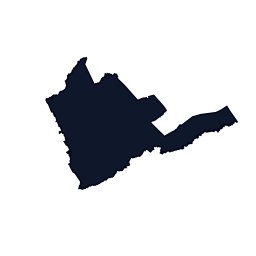 outline of Zacualpan, Morelos, Mexico, rotated 38°
{"feature_id": "50627088B38622860816181", "entity_name": "Zacualpan", "entity_type": "district", "adm_level": 2, "iso_a3": "MEX", "parent_name": "Mexico", "parent_adm1": "Morelos", "projection": "mercator", "projection_center": [-98.741, 18.81], "detail": "fine", "context": "isolated", "style": "filled", "palette": "ink", "viewbox_px": 256, "rotation_deg": 38, "n_neighbors": 0, "source": "geoboundaries", "source_scale": "gbopen_adm2", "svg_char_len": 5834}
<svg xmlns="http://www.w3.org/2000/svg" viewBox="0 0 256 256"><g transform="rotate(38 128 128)"><path d="M49.1,104.7L48.8,106.0L47.9,106.2L47.9,106.5L49.2,108.4L48.9,108.8L49.2,110.8L48.8,111.3L48.8,112.0L49.2,112.5L49.1,113.5L48.4,114.3L48.9,115.2L48.9,117.3L49.3,117.7L49.7,119.5L49.3,120.5L49.4,121.6L48.3,121.9L48.4,122.3L49.0,122.7L49.1,123.2L48.3,123.7L50.0,125.9L50.2,128.6L49.9,129.5L50.6,129.8L52.3,131.2L53.5,131.9L54.9,135.8L54.6,136.4L54.1,139.2L54.0,139.4L53.5,139.4L53.4,140.5L52.5,140.6L52.4,141.0L52.3,142.0L52.7,142.9L52.8,144.2L52.5,145.7L52.1,146.1L51.2,146.2L50.4,147.2L49.3,147.8L49.0,149.2L50.2,150.4L50.1,150.6L48.7,150.5L48.8,151.0L49.5,151.5L47.8,151.9L47.3,154.0L45.8,155.2L46.4,156.5L47.4,156.7L48.3,157.6L49.2,157.9L49.9,157.6L57.9,162.2L59.4,161.3L60.2,162.1L60.5,162.0L61.6,163.2L62.5,162.6L62.8,163.7L63.9,163.4L66.6,165.2L67.2,165.8L67.4,166.5L68.0,165.6L68.5,166.5L68.9,166.1L69.7,167.0L72.0,168.4L72.1,168.8L72.4,168.5L73.2,168.9L73.6,168.3L78.1,171.2L77.4,172.8L76.6,172.7L76.4,173.2L77.2,174.1L78.2,171.3L79.8,172.3L80.3,171.9L81.4,171.7L81.4,172.0L82.7,172.7L82.5,173.0L85.2,174.0L85.0,174.5L86.4,175.6L87.6,176.1L86.2,177.9L89.9,179.3L90.5,178.6L95.7,180.7L95.4,181.8L95.6,182.8L94.9,184.8L95.9,185.0L96.4,184.4L97.3,184.2L97.3,185.3L97.6,184.0L97.3,183.8L97.1,182.9L97.3,181.6L98.2,181.9L98.8,182.5L98.5,183.6L98.6,184.3L98.9,184.3L98.6,185.7L100.3,186.2L101.7,187.5L102.6,188.6L102.6,189.4L103.3,190.1L103.5,190.1L103.5,189.8L104.2,189.8L104.4,190.8L103.7,192.9L105.5,193.1L106.1,193.9L112.0,196.4L114.3,196.1L124.0,199.3L124.5,200.6L125.5,200.4L125.4,203.1L126.6,205.8L127.5,204.8L128.3,204.7L128.0,204.1L129.0,204.2L129.9,204.0L130.4,202.5L131.1,202.2L131.5,201.6L131.1,200.6L132.5,199.8L133.1,197.1L134.2,196.5L134.3,195.4L134.9,194.8L136.1,194.3L136.5,193.6L137.5,193.0L137.6,192.1L138.4,191.3L138.7,190.6L138.5,189.6L139.3,189.4L140.1,186.9L141.1,185.1L141.2,184.4L140.6,184.2L140.5,183.6L142.6,182.5L142.7,181.5L142.4,181.5L142.2,181.0L142.7,180.5L142.4,180.0L143.1,179.3L143.6,178.3L144.4,177.9L144.4,176.8L145.5,176.6L145.8,176.2L146.1,174.9L145.8,172.6L146.0,170.9L145.2,168.5L145.3,168.0L146.7,167.2L147.4,167.1L147.8,166.2L149.3,165.2L149.4,164.8L148.6,164.3L149.4,163.9L149.4,163.4L148.8,163.2L149.2,162.4L149.3,161.6L150.7,160.4L149.6,160.2L149.6,159.6L151.8,156.2L151.4,155.9L150.8,156.2L150.5,155.9L150.3,155.1L149.4,154.7L148.9,153.5L148.4,149.7L149.4,147.9L150.1,148.3L150.4,147.4L151.1,147.1L151.2,146.3L152.0,145.8L152.7,144.5L153.4,143.6L154.5,143.0L154.9,140.9L154.8,139.4L154.1,139.5L153.9,139.1L153.9,138.6L154.6,137.6L154.1,136.8L154.3,135.0L154.5,134.7L155.1,135.0L154.8,134.1L156.0,132.8L159.8,133.0L160.5,132.8L160.4,130.5L161.0,129.5L160.0,129.6L159.7,129.3L160.6,128.7L160.0,128.4L159.6,127.4L159.8,126.5L159.9,126.2L160.8,125.8L160.4,125.4L161.0,124.9L162.1,124.4L162.9,124.5L163.2,124.0L163.3,123.1L164.6,123.2L165.8,122.2L167.1,122.6L166.7,123.2L167.6,124.1L167.4,125.1L168.3,126.1L168.8,126.1L168.9,127.6L169.9,127.4L169.3,125.9L169.5,125.7L170.3,126.6L170.9,126.8L171.0,125.8L170.5,125.0L170.6,124.7L171.1,124.5L171.6,124.8L172.5,124.4L173.4,121.0L174.9,120.3L174.5,121.0L175.5,120.9L176.6,119.1L177.2,118.8L177.7,117.5L179.0,115.9L179.6,115.4L179.6,115.1L180.4,113.7L180.7,113.9L181.1,113.6L180.9,113.0L181.7,112.5L181.9,111.7L182.4,111.3L183.4,111.1L183.9,110.5L184.1,109.6L183.4,109.3L182.8,108.4L182.0,108.3L182.5,107.5L183.2,107.4L183.7,106.6L184.7,106.6L185.2,106.1L185.3,104.6L184.2,102.5L184.4,102.2L184.9,102.4L185.0,103.1L185.5,103.2L185.8,103.0L185.9,102.0L187.3,101.3L187.6,100.8L187.6,100.4L186.9,99.8L186.7,98.6L187.1,97.4L187.0,96.9L186.2,96.3L186.7,95.4L186.3,95.0L186.4,94.5L187.4,94.4L188.1,93.0L188.8,93.0L189.1,92.5L188.7,91.8L187.6,91.9L186.9,91.5L187.1,91.0L188.2,90.3L188.3,89.6L189.9,88.9L189.7,88.3L189.4,88.0L188.6,88.1L188.5,87.8L190.2,85.7L190.2,83.9L191.4,82.7L191.9,82.8L192.2,82.2L192.7,82.4L193.0,81.8L194.2,80.7L192.8,80.7L192.6,80.1L192.9,79.8L193.8,80.0L194.4,79.0L194.8,79.2L195.7,78.6L196.2,78.8L196.5,78.4L196.5,77.5L197.4,78.0L197.8,77.8L197.7,76.7L197.3,76.3L197.8,75.6L198.8,75.7L199.2,75.2L199.6,75.1L201.1,75.5L201.0,74.8L200.4,74.8L200.0,74.2L200.2,73.7L201.0,74.0L201.2,73.6L200.2,72.6L200.3,72.4L201.0,72.7L200.9,71.8L200.4,71.7L200.8,71.0L201.4,71.3L201.8,71.1L202.1,70.0L200.5,68.8L201.8,68.6L201.8,68.1L202.6,67.7L202.5,67.1L201.3,66.2L202.2,65.2L203.3,65.4L203.3,65.1L204.3,64.7L204.5,64.3L204.9,64.1L205.8,64.5L206.2,64.2L206.2,63.5L206.9,62.9L206.8,61.7L207.9,61.3L207.9,60.9L207.8,60.6L206.1,60.5L205.8,60.2L205.9,59.8L206.3,59.5L207.1,60.1L207.8,59.8L208.2,59.0L207.7,57.8L208.0,57.6L208.1,56.5L210.1,56.3L210.2,55.9L197.6,52.1L192.6,50.2L190.6,56.2L187.9,61.7L177.2,72.6L172.1,79.6L168.7,92.9L167.7,93.2L167.1,93.8L167.2,98.3L167.4,98.7L167.2,99.4L166.7,100.1L166.6,101.1L166.8,101.2L165.5,103.5L161.9,112.3L144.3,110.3L142.6,109.8L142.2,108.8L142.2,108.1L143.9,106.0L143.7,105.6L144.5,104.6L143.5,103.8L143.7,103.5L144.4,103.8L144.7,103.6L144.9,102.8L144.9,101.8L145.3,101.5L145.5,100.1L146.2,99.4L145.8,99.1L147.0,95.9L146.4,93.4L147.2,92.2L147.2,90.6L142.4,89.1L128.1,86.5L125.2,90.4L126.4,91.0L125.3,93.4L124.5,93.7L124.4,93.1L123.8,92.9L122.2,95.0L121.7,95.0L118.6,100.4L98.4,96.7L90.5,95.9L86.7,94.6L87.1,94.0L87.6,93.8L86.6,93.2L86.1,93.4L85.6,92.9L85.2,93.1L84.9,94.0L84.1,93.8L84.1,95.1L83.0,96.9L82.0,96.2L81.0,96.7L80.8,97.7L80.1,96.9L79.8,96.9L79.4,97.8L78.5,97.7L78.3,98.6L78.6,99.8L77.5,99.2L77.1,99.1L76.8,99.5L78.1,101.6L78.1,102.3L77.7,103.1L78.1,103.2L78.4,103.7L78.2,104.2L77.3,103.9L77.1,105.9L77.7,106.4L77.5,108.1L78.1,108.6L77.4,110.7L76.7,111.1L76.5,111.6L76.9,112.0L75.4,113.0L74.8,114.4L73.9,114.3L71.0,112.8L54.5,104.6L52.5,98.6L51.7,98.4L51.4,99.4L50.6,99.6L49.7,100.7L49.3,102.0L48.6,103.0L48.7,103.9L49.1,104.7Z" fill="#0f172a" stroke="#020617" stroke-width="1.5"/></g></svg>